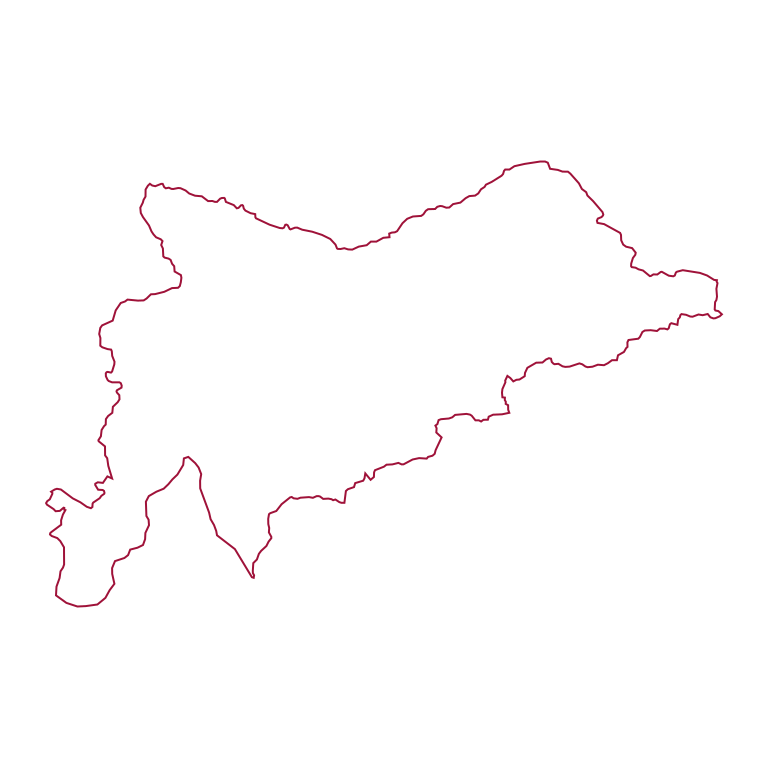 Alejandría, Antioquia, Colombia (Albers equal-area conic projection)
{"feature_id": "7082276B80889552821395", "entity_name": "Alejandría", "entity_type": "district", "adm_level": 2, "iso_a3": "COL", "parent_name": "Colombia", "parent_adm1": "Antioquia", "projection": "albers", "projection_center": [-75.091, 6.356], "detail": "fine", "context": "isolated", "style": "outline", "palette": "rose", "viewbox_px": 768, "rotation_deg": 0, "n_neighbors": 0, "source": "geoboundaries", "source_scale": "gbopen_adm2", "svg_char_len": 6075}
<svg xmlns="http://www.w3.org/2000/svg" viewBox="0 0 768 768"><path d="M716.9,280.2L714.1,279.9L707.1,275.5L699.9,272.9L682.8,270.2L677.0,271.7L675.9,272.5L674.8,275.5L673.3,276.3L668.8,275.7L661.8,271.8L660.7,272.0L657.3,274.5L653.4,274.4L650.8,276.0L649.8,276.1L643.0,270.5L638.5,269.3L635.6,267.7L631.7,267.1L631.1,266.2L631.2,263.6L632.9,258.0L635.3,254.8L635.7,252.7L632.1,248.1L626.1,246.7L623.2,244.6L621.2,240.3L621.0,234.9L620.1,232.9L604.1,224.1L597.5,222.9L596.9,220.7L597.8,218.6L601.5,217.1L602.9,215.6L603.3,214.6L602.5,212.1L593.1,201.1L587.4,195.5L586.2,192.2L581.9,189.0L578.9,183.3L570.4,173.7L568.0,171.7L562.5,171.6L557.8,169.9L550.1,168.8L547.8,162.7L545.0,161.5L540.4,161.5L524.7,163.9L514.4,166.2L509.5,169.5L505.2,169.5L504.0,170.9L503.1,174.0L501.6,175.7L491.7,181.9L485.9,184.7L484.6,186.9L481.0,189.3L478.3,193.4L475.1,195.6L469.3,196.1L465.6,198.2L460.4,202.6L453.1,204.1L449.3,207.5L446.3,207.7L442.2,206.2L440.1,206.0L437.3,206.8L435.1,209.0L428.1,209.2L425.8,210.8L423.4,214.3L421.2,215.9L412.9,216.5L407.2,218.8L402.5,223.2L397.1,231.2L394.9,232.3L391.7,232.6L389.2,233.6L389.5,237.2L383.3,237.8L376.4,241.6L370.9,241.6L366.7,245.2L358.8,246.6L352.3,249.6L348.1,249.4L344.3,248.2L340.6,249.0L337.8,248.9L337.0,248.4L335.5,244.6L330.3,239.0L322.0,234.9L312.2,231.7L302.2,229.7L297.2,227.6L294.9,227.7L290.5,229.4L289.7,229.0L287.7,225.3L286.5,224.6L285.3,224.8L284.0,227.6L282.6,228.3L279.7,228.0L269.6,224.7L256.0,218.3L255.4,217.3L255.2,214.1L250.6,213.2L245.4,210.6L243.8,208.6L243.1,205.8L242.4,205.1L241.0,205.3L238.5,207.9L236.8,208.3L233.8,205.1L225.9,201.9L224.8,198.4L224.1,197.9L221.8,198.0L220.1,198.7L217.0,201.9L215.0,201.9L212.4,201.0L208.1,201.1L201.8,196.3L195.0,195.7L189.2,193.5L185.6,190.5L180.5,188.2L178.2,188.0L173.2,189.0L171.5,188.9L168.8,187.7L165.8,188.3L164.2,187.1L162.7,183.9L161.1,183.9L155.3,186.2L152.2,185.5L149.9,183.8L147.9,185.7L145.6,189.5L145.5,196.6L143.6,199.8L142.8,202.7L140.3,207.7L140.8,213.0L143.0,217.1L149.0,225.5L151.5,231.4L153.5,234.4L156.1,237.3L160.8,239.3L162.5,241.1L161.2,245.0L162.9,248.5L163.3,256.4L164.6,257.6L168.6,258.6L170.6,259.9L172.1,263.8L174.2,266.2L174.6,271.5L180.9,275.1L181.4,277.8L180.8,282.3L179.8,286.1L178.0,287.8L172.0,288.1L164.3,291.8L155.1,294.1L150.9,294.3L146.6,298.5L143.7,300.4L137.9,300.6L127.5,299.6L125.0,301.5L120.7,303.0L115.7,310.4L112.7,320.6L102.1,325.4L100.3,327.9L99.2,334.0L100.4,338.0L100.3,345.7L102.3,347.3L107.6,349.1L111.1,349.6L111.8,351.2L112.2,355.9L114.5,361.7L114.3,364.4L112.1,371.5L111.0,372.6L107.7,371.9L106.6,372.2L105.8,373.3L105.9,376.3L107.6,379.9L108.7,381.0L112.0,382.3L119.4,382.3L120.8,383.2L121.7,385.6L121.5,387.6L116.9,390.3L116.5,391.3L116.9,392.5L119.3,395.2L119.5,399.3L117.7,402.2L112.9,406.8L112.3,412.8L108.1,416.0L105.9,419.1L105.7,424.6L104.0,426.2L101.6,430.0L100.9,436.3L98.4,440.2L98.7,441.3L105.0,446.4L105.1,455.4L107.2,458.2L108.3,465.9L112.1,478.5L107.4,476.4L102.9,482.9L97.8,482.3L95.3,483.7L95.2,484.9L98.1,489.7L102.7,490.0L104.0,490.9L104.5,492.9L104.2,493.8L101.3,495.9L99.7,498.2L93.2,502.6L92.6,503.6L92.4,507.0L90.9,508.2L86.8,506.8L80.4,502.3L72.8,498.4L60.9,489.5L56.9,488.8L54.7,489.5L51.1,491.7L52.4,492.9L52.3,493.9L49.8,499.3L47.2,501.2L46.1,503.1L46.9,504.6L53.6,509.1L55.6,511.2L59.8,510.9L63.6,507.7L64.3,507.9L64.3,509.7L65.4,510.1L62.9,514.6L61.1,520.3L61.2,524.7L51.3,532.1L50.2,533.2L50.0,534.5L51.7,536.0L57.3,538.1L60.3,541.1L64.0,547.3L64.1,564.5L63.0,567.6L60.5,571.3L59.6,578.0L56.5,586.6L56.0,595.4L66.4,602.9L77.4,606.5L85.8,606.1L97.4,604.5L105.4,597.9L109.7,590.1L114.4,583.8L112.2,573.9L112.1,568.1L115.0,561.1L124.4,558.0L128.1,555.1L130.2,549.6L137.5,547.7L143.0,545.0L145.1,539.2L145.4,532.9L149.0,525.2L148.6,519.7L146.4,516.0L145.9,501.7L148.8,496.1L156.4,491.7L163.7,488.7L168.4,484.2L172.4,479.4L177.4,474.6L183.2,465.0L183.9,458.4L188.3,456.9L195.2,463.1L198.6,467.5L201.2,474.1L200.1,480.7L200.2,488.4L209.1,512.6L210.6,519.2L214.0,525.0L216.2,530.9L217.0,535.3L234.9,549.1L251.9,577.2L253.7,577.8L254.1,575.3L252.9,573.1L252.8,570.9L253.3,563.1L256.9,559.5L258.9,553.8L261.1,550.9L266.4,546.0L268.6,541.6L271.3,538.2L271.3,536.8L268.9,532.4L269.2,528.0L268.3,524.1L268.2,518.9L269.0,514.2L270.2,513.2L276.3,511.0L281.6,504.2L290.1,497.4L291.7,497.0L293.6,498.3L297.5,498.8L300.5,497.7L309.0,497.1L312.9,497.8L316.7,496.1L318.5,496.1L320.0,496.5L323.2,498.9L328.3,498.6L331.5,499.2L333.1,500.2L335.4,499.5L339.3,502.1L341.4,502.8L344.4,502.8L345.9,491.0L347.9,489.2L354.0,487.1L355.2,483.1L363.2,480.7L364.5,478.3L365.3,473.4L370.6,479.8L373.9,477.0L374.1,472.3L375.0,470.2L383.9,466.7L386.5,464.7L392.4,464.4L398.4,462.9L401.7,464.4L403.6,464.3L412.6,459.5L419.1,458.1L426.7,458.6L428.1,456.9L432.5,455.7L434.7,453.8L435.6,450.2L441.6,437.4L436.3,432.5L436.6,428.2L435.4,425.6L437.4,424.1L438.6,420.1L441.0,419.2L448.9,418.5L452.3,417.3L455.1,414.9L466.5,413.9L470.0,414.6L471.7,415.7L475.4,420.3L478.8,420.3L481.1,421.5L483.4,419.8L487.9,419.7L488.7,416.7L493.1,414.7L502.1,414.3L509.3,412.8L508.2,409.8L508.1,405.2L505.7,403.9L505.8,401.7L504.8,400.1L504.9,397.6L502.4,397.3L502.0,392.7L502.4,389.1L505.4,382.3L505.2,380.6L507.4,375.9L510.3,378.0L513.3,381.4L516.4,379.8L519.5,379.5L524.7,376.2L525.0,372.9L527.4,367.8L536.2,362.7L542.5,362.5L546.0,359.5L548.9,358.2L551.0,358.7L551.8,362.0L553.5,363.7L554.5,364.2L558.4,363.8L562.5,366.3L565.3,366.9L569.6,366.6L579.4,363.4L582.3,364.3L585.4,366.5L587.6,367.2L592.5,366.7L597.9,364.7L604.0,365.2L607.9,363.2L612.0,360.2L616.9,360.2L618.0,355.3L624.0,351.9L626.1,348.2L627.5,346.9L627.4,342.3L628.5,340.0L638.3,338.7L639.9,337.0L642.4,332.0L644.8,330.5L650.7,330.2L657.0,331.0L659.8,328.7L664.6,328.6L667.4,329.4L668.7,328.3L669.9,324.3L671.3,323.2L677.4,324.8L678.2,319.1L679.8,317.4L680.4,315.1L681.5,314.1L686.1,314.8L690.2,316.5L692.6,316.7L698.5,314.5L702.7,315.2L707.7,314.0L710.4,317.3L713.4,318.4L715.4,318.2L719.7,316.3L721.9,314.3L718.4,311.1L715.4,310.5L714.7,309.4L715.1,302.1L716.4,300.0L717.0,296.6L716.4,288.8L717.5,283.1L716.6,281.5L716.9,280.2Z" fill="none" stroke="#9f1239" stroke-width="2"/></svg>